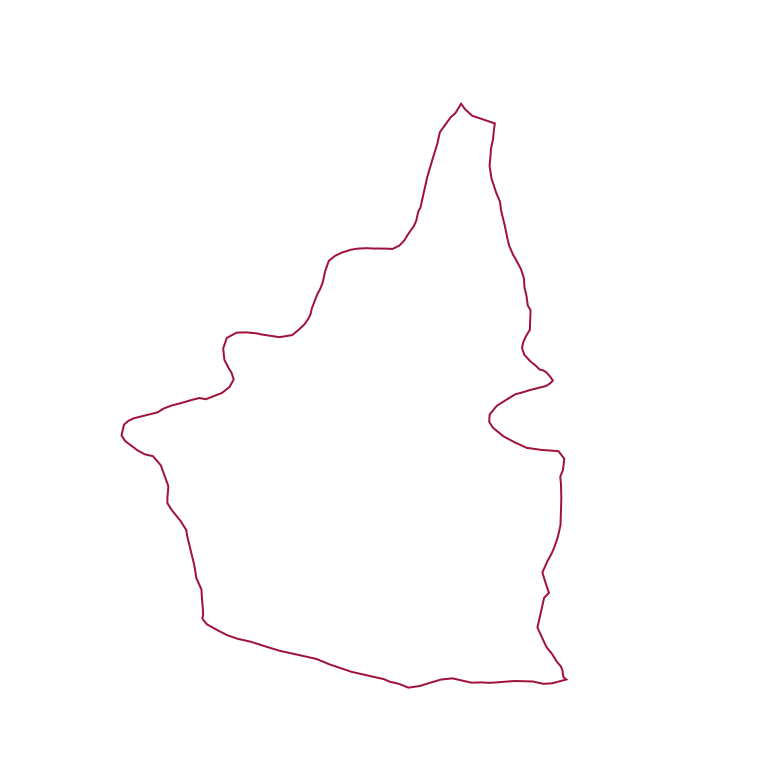 Owo, Ondo, Nigeria (orthographic projection), rotated 193°
{"feature_id": "59680162B88663407419721", "entity_name": "Owo", "entity_type": "district", "adm_level": 2, "iso_a3": "NGA", "parent_name": "Nigeria", "parent_adm1": "Ondo", "projection": "orthographic", "projection_center": [5.559, 7.096], "detail": "fine", "context": "isolated", "style": "outline", "palette": "rose", "viewbox_px": 768, "rotation_deg": 193, "n_neighbors": 0, "source": "geoboundaries", "source_scale": "gbopen_adm2", "svg_char_len": 2759}
<svg xmlns="http://www.w3.org/2000/svg" viewBox="0 0 768 768"><g transform="rotate(193 384 384)"><path d="M220.2,425.3L223.5,428.3L228.4,431.9L232.0,433.1L235.7,433.1L239.3,435.5L246.6,439.1L253.9,444.0L257.6,450.1L257.7,456.1L256.5,462.2L254.1,469.6L257.8,489.0L261.5,492.7L265.2,502.4L268.9,509.7L271.3,518.2L276.3,526.7L284.8,536.4L287.2,538.8L293.4,547.3L297.0,554.6L302.0,565.6L309.3,580.1L311.8,587.4L317.9,595.9L325.3,608.1L330.2,620.2L331.5,630.0L332.7,637.3L332.8,643.1L332.8,647.0L334.0,655.6L334.6,662.8L348.2,664.2L358.4,665.2L366.9,670.0L371.9,674.4L375.4,663.9L379.0,659.0L386.2,641.9L386.1,629.7L387.3,613.8L388.4,595.5L388.3,579.7L388.2,568.7L388.2,563.9L389.4,560.2L389.3,550.5L390.5,544.4L394.1,535.8L396.5,528.5L400.1,522.4L406.1,517.5L413.4,516.2L424.3,513.7L431.6,512.4L440.1,510.0L446.2,507.5L454.6,502.6L460.7,497.7L465.5,491.5L466.7,480.6L466.6,468.4L467.8,461.1L469.0,457.4L470.1,450.1L471.2,442.3L471.3,441.5L471.3,435.5L472.4,430.6L474.8,424.5L479.7,417.1L484.5,411.0L490.5,408.5L496.6,406.1L514.8,404.7L519.7,404.7L529.4,403.4L539.1,400.9L547.5,393.6L548.7,382.6L545.0,371.7L538.8,364.4L535.2,360.8L531.5,354.7L533.9,346.1L534.3,345.7L539.9,338.8L550.8,331.4L554.4,329.0L560.5,328.9L567.8,325.2L578.6,319.1L585.9,315.4L593.2,310.5L598.0,305.6L602.8,303.1L619.8,294.5L624.6,290.8L628.2,285.9L628.2,274.9L623.3,270.1L612.3,265.3L609.9,264.1L601.4,261.7L592.9,261.7L583.1,254.5L577.8,246.2L572.1,237.5L570.9,235.0L569.6,225.3L568.3,219.2L562.2,213.2L551.3,204.7L546.2,199.6L544.8,198.2L543.9,197.4L541.5,191.4L537.8,184.1L532.9,174.3L528.0,164.6L525.5,158.5L523.1,152.5L515.7,142.8L513.2,134.3L510.8,127.0L508.3,118.4L508.3,114.8L505.8,112.4L502.2,109.9L490.0,106.4L480.3,104.0L469.4,102.8L456.0,102.9L442.7,101.8L425.7,100.6L403.8,100.8L388.0,100.9L374.2,98.6L373.5,98.5L361.3,97.3L350.4,96.2L339.1,96.3L334.6,96.3L317.6,96.4L311.6,95.2L301.8,95.2L291.9,93.6L281.2,97.8L272.8,102.7L261.9,108.9L251.0,112.6L243.5,112.6L241.3,112.6L231.6,112.7L225.9,114.1L221.9,115.2L214.6,116.4L206.1,118.9L202.1,120.2L190.3,123.9L178.2,126.4L172.2,127.6L168.5,127.6L161.2,127.7L152.8,130.2L139.8,137.1L143.1,138.7L144.3,141.2L145.5,144.8L148.0,148.5L152.9,152.1L155.3,154.5L160.2,159.4L165.1,163.0L167.5,165.4L179.7,181.2L179.8,189.7L179.8,200.7L179.9,211.6L176.3,217.8L178.7,221.4L182.4,227.5L187.3,236.0L186.1,242.1L184.9,248.2L182.5,256.7L181.4,262.8L180.3,272.9L180.2,273.8L180.3,286.0L180.3,286.3L185.5,312.5L189.0,326.1L191.4,333.4L190.3,340.8L191.5,351.7L198.9,357.8L207.3,356.5L215.8,355.2L230.4,353.9L242.6,356.3L255.9,359.9L268.1,365.9L273.0,370.8L274.2,378.1L269.4,387.8L263.4,394.0L259.8,397.6L253.7,403.6L248.8,406.1L240.3,411.0L233.1,414.7L225.8,418.4L222.2,422.1L220.2,425.3Z" fill="none" stroke="#9f1239" stroke-width="2"/></g></svg>